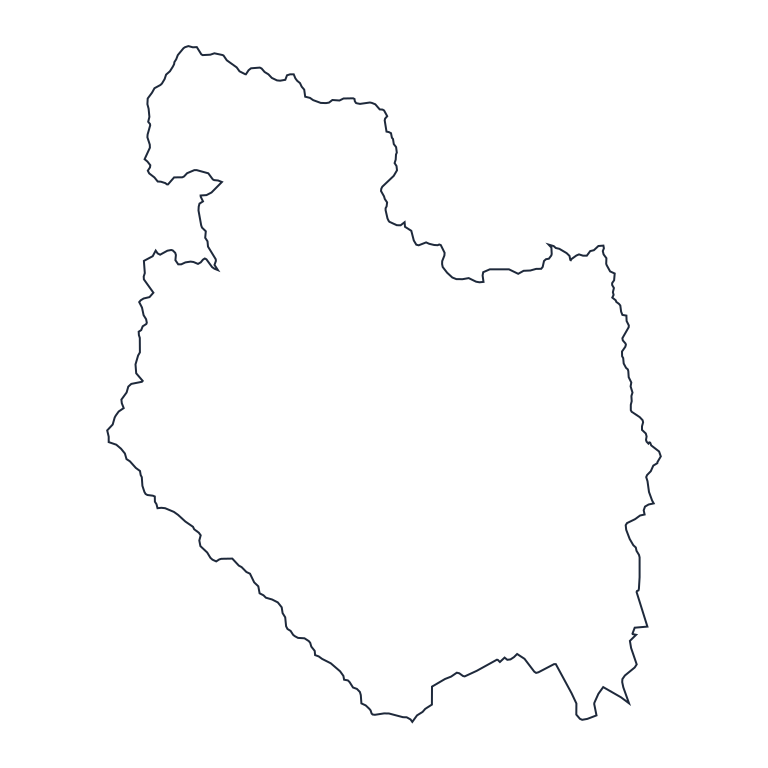 Luc Yen, Yên Bái, Vietnam (orthographic projection)
{"feature_id": "81297802B97878568873252", "entity_name": "Luc Yen", "entity_type": "district", "adm_level": 2, "iso_a3": "VNM", "parent_name": "Vietnam", "parent_adm1": "Yên Bái", "projection": "orthographic", "projection_center": [104.703, 22.111], "detail": "fine", "context": "isolated", "style": "outline", "palette": "slate", "viewbox_px": 768, "rotation_deg": 0, "n_neighbors": 0, "source": "geoboundaries", "source_scale": "gbopen_adm2", "svg_char_len": 6075}
<svg xmlns="http://www.w3.org/2000/svg" viewBox="0 0 768 768"><path d="M387.1,202.4L384.8,199.0L384.0,196.3L381.0,191.0L381.3,188.7L382.3,186.7L393.7,175.9L397.0,170.3L396.5,166.0L394.6,163.1L395.7,159.6L396.0,154.5L396.8,152.6L396.1,147.1L393.8,144.1L393.0,139.0L391.9,137.7L391.0,133.2L388.9,132.1L386.5,131.6L384.7,120.4L385.1,118.6L387.2,116.2L384.1,110.5L382.6,109.6L379.7,109.4L375.3,104.3L371.8,102.9L369.9,102.5L360.0,103.9L356.9,103.3L355.9,102.9L354.8,101.1L354.5,99.0L353.1,98.3L343.5,98.5L339.5,100.5L332.4,100.0L329.0,102.6L326.0,103.1L320.7,102.9L313.1,100.1L310.0,97.9L305.2,96.7L304.2,89.6L301.7,86.7L300.0,83.1L297.2,80.8L295.4,78.4L293.7,74.3L290.2,74.3L287.0,75.3L285.3,79.8L280.2,80.7L277.0,80.4L271.8,77.9L268.4,74.3L264.6,72.0L261.6,68.5L259.8,67.6L251.0,68.3L248.6,70.2L245.9,74.3L245.2,74.2L239.5,71.3L236.7,67.4L226.8,60.3L223.5,55.5L222.4,55.0L214.4,53.3L210.3,54.7L202.6,55.1L201.3,54.3L196.8,47.1L192.9,47.3L188.4,46.1L185.0,47.2L183.5,48.2L177.8,55.1L176.2,59.3L174.4,62.1L174.1,64.2L172.8,66.7L169.9,71.3L166.1,74.6L164.6,79.1L161.9,83.6L160.4,85.0L154.5,88.2L152.0,92.7L147.7,98.5L147.4,104.2L148.6,108.7L149.4,116.9L148.2,121.8L150.0,124.0L150.2,125.3L147.6,134.5L147.4,137.3L149.8,144.7L149.9,147.7L144.6,159.2L147.4,161.5L150.3,165.2L150.0,167.4L147.8,170.7L149.2,173.4L154.4,177.4L157.7,181.5L160.9,181.7L165.3,183.1L167.0,184.4L168.0,184.4L174.1,177.4L182.3,177.3L184.0,176.5L187.1,173.2L194.4,170.1L196.6,170.1L208.3,173.3L212.8,179.4L214.1,180.1L218.1,180.5L221.9,182.0L211.5,192.5L206.5,195.1L200.6,195.5L200.7,196.7L203.0,201.4L199.5,203.6L198.7,206.7L198.5,210.5L201.2,225.4L202.0,227.6L205.8,231.3L205.2,237.8L207.5,241.3L208.0,246.6L215.7,259.2L215.9,260.9L214.5,264.9L217.9,270.1L214.4,268.7L212.1,267.1L206.4,259.3L204.8,258.5L202.9,259.7L200.8,262.3L198.0,263.9L193.5,262.0L190.6,261.6L185.4,262.4L181.3,264.3L178.2,264.3L175.4,260.2L175.9,255.0L175.2,252.8L172.7,250.4L171.2,250.0L167.4,250.7L160.1,254.7L157.6,253.4L155.7,250.6L152.7,256.2L143.9,260.9L144.8,273.1L143.7,276.6L143.9,279.4L153.4,292.7L149.5,297.1L143.6,298.5L140.7,300.3L139.2,302.1L142.0,307.6L143.6,315.2L146.1,319.2L146.8,322.7L146.3,324.0L142.7,326.3L141.2,330.1L138.7,331.7L138.9,335.1L139.8,337.9L139.9,352.4L138.1,355.5L135.5,364.4L136.2,373.3L142.7,380.9L141.9,381.8L131.3,383.9L128.3,386.6L126.6,392.5L121.4,399.6L121.8,403.2L123.7,408.1L118.7,411.5L115.8,415.5L114.7,417.5L112.7,424.5L107.2,430.4L108.7,436.7L108.7,442.1L116.3,444.7L121.1,448.8L124.9,453.5L126.5,459.1L129.9,461.3L135.8,467.9L140.0,471.0L140.7,475.1L141.8,477.2L142.4,485.8L144.4,491.9L145.6,494.0L147.4,495.0L152.9,495.7L154.8,496.5L154.9,501.7L156.5,504.2L157.5,508.2L161.3,507.8L165.1,508.2L173.9,511.9L178.1,514.9L185.3,521.5L193.0,526.8L194.2,529.3L198.8,532.7L200.7,535.3L199.3,540.5L200.4,546.1L207.2,552.5L210.4,557.8L212.5,559.7L216.2,561.4L219.3,559.4L221.4,558.8L232.3,558.6L238.8,565.6L241.6,567.1L246.4,572.0L250.0,573.7L254.2,582.4L258.3,586.3L259.6,593.3L263.5,595.3L265.9,597.7L272.1,599.5L277.8,602.4L281.7,607.3L282.6,613.1L285.2,617.3L286.1,626.3L287.5,629.0L290.6,630.9L293.1,634.8L294.7,636.1L298.0,637.9L304.5,638.3L308.8,641.1L310.2,642.8L311.3,646.6L314.7,650.9L315.1,655.1L318.7,656.4L322.1,658.9L330.8,663.3L340.1,671.3L343.4,675.9L344.1,679.7L347.9,680.4L349.6,682.1L353.0,687.5L356.9,688.9L359.9,692.0L360.8,695.1L361.4,703.4L365.7,705.4L369.3,708.8L370.6,710.4L371.6,713.5L372.6,714.5L374.9,714.8L384.1,713.4L389.0,713.5L403.0,717.2L406.7,717.3L410.5,719.4L412.3,721.9L417.0,715.4L422.6,711.9L425.3,708.8L431.9,704.6L432.0,686.6L445.0,679.0L451.1,676.6L456.8,672.7L459.3,673.3L463.0,676.0L464.7,676.4L476.8,670.8L496.9,659.7L497.8,659.9L499.9,662.0L504.6,657.6L507.3,659.8L510.5,659.4L514.0,657.1L517.1,654.0L524.5,658.8L534.3,671.7L536.1,672.9L538.4,672.3L554.1,664.1L555.8,664.1L571.6,693.3L576.4,703.5L576.3,714.6L579.9,718.8L582.2,719.8L587.3,718.9L596.5,715.4L594.2,704.0L594.4,702.7L598.4,693.8L603.2,687.1L621.0,697.3L629.0,703.3L623.3,687.3L622.2,682.1L622.4,679.1L624.9,675.5L634.7,667.5L636.7,664.4L631.1,648.0L629.9,640.9L636.1,634.8L632.7,634.1L632.5,633.6L634.7,627.7L647.4,626.6L636.6,592.1L636.9,591.1L638.5,590.4L638.9,588.8L639.6,577.2L639.6,557.4L639.0,554.9L636.5,550.8L635.8,547.5L633.3,545.2L629.7,539.0L626.2,529.8L625.7,525.2L627.0,523.1L635.0,519.2L640.1,515.5L644.6,514.5L643.7,510.3L645.0,506.6L648.6,504.5L653.7,503.4L652.1,500.5L649.0,492.0L647.5,481.2L646.2,477.1L647.1,475.0L650.8,471.2L653.3,465.6L657.3,463.2L657.5,462.0L660.8,456.4L659.1,451.5L651.2,445.4L650.2,442.7L649.3,442.4L648.4,443.6L646.6,441.7L646.0,439.9L646.6,436.4L645.8,433.5L642.0,429.9L642.0,426.3L643.1,422.3L642.6,420.2L639.7,417.1L631.7,411.8L630.8,410.2L630.8,404.8L631.7,401.2L631.4,396.0L632.5,392.6L630.6,386.4L631.3,382.5L628.7,377.2L628.3,371.1L627.8,369.4L626.0,367.8L623.7,363.5L623.2,358.1L622.1,356.2L622.0,351.5L625.3,346.8L625.9,344.7L625.5,343.5L622.8,340.4L622.4,338.2L628.7,327.2L628.8,325.4L626.6,321.0L626.4,315.6L622.4,314.9L621.1,311.6L620.3,305.5L619.0,303.9L616.3,301.9L615.7,300.3L612.3,297.6L613.6,294.9L612.9,292.2L613.9,288.0L612.2,285.1L612.1,283.8L612.3,282.8L614.1,280.3L614.7,273.5L610.1,271.4L606.7,265.2L606.2,263.8L606.4,258.2L603.6,254.4L602.8,251.1L603.9,248.3L603.4,245.6L598.4,246.0L593.9,250.2L590.2,251.1L586.8,255.7L583.1,255.7L579.0,254.4L576.4,255.5L571.4,259.1L570.8,260.2L570.3,259.9L569.5,255.9L566.6,253.1L559.3,248.8L555.8,248.0L553.7,246.1L548.6,244.6L551.4,247.6L551.7,254.0L551.3,255.5L548.9,258.7L546.0,259.2L544.0,261.0L542.7,266.9L541.2,268.8L536.1,268.9L530.3,270.5L523.6,270.8L518.2,273.8L508.9,269.3L489.9,269.3L483.2,272.2L482.6,275.5L483.5,281.9L479.5,282.3L476.1,281.7L468.7,278.1L462.5,279.2L456.3,279.1L452.3,277.5L447.1,272.7L442.7,267.0L442.1,264.1L442.2,261.1L444.4,255.5L444.6,252.8L440.8,245.1L439.2,244.5L437.7,245.2L434.2,245.0L429.2,243.8L426.1,242.4L418.7,245.3L416.3,244.7L413.8,240.5L411.3,230.8L405.0,226.8L404.6,222.2L400.6,225.3L396.8,225.2L389.4,221.8L388.6,220.8L387.5,218.5L385.6,210.2L385.6,208.2L386.6,206.4L387.1,202.4Z" fill="none" stroke="#1e293b" stroke-width="2"/></svg>